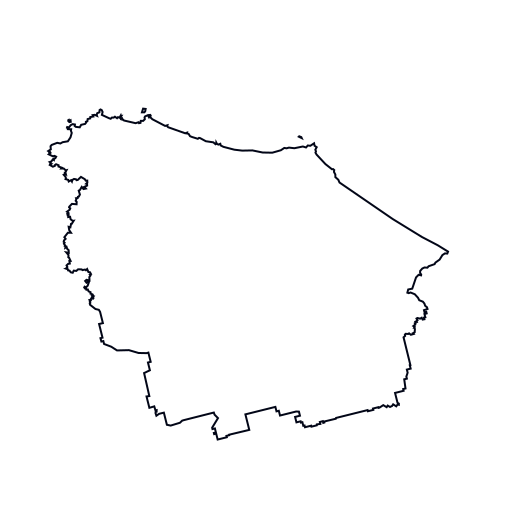 Manjimup, Western Australia, Australia (Mercator projection), rotated 166°
{"feature_id": "25037944B58524535883846", "entity_name": "Manjimup", "entity_type": "district", "adm_level": 2, "iso_a3": "AUS", "parent_name": "Australia", "parent_adm1": "Western Australia", "projection": "mercator", "projection_center": [116.36, -34.598], "detail": "fine", "context": "isolated", "style": "outline", "palette": "ink", "viewbox_px": 512, "rotation_deg": 166, "n_neighbors": 0, "source": "geoboundaries", "source_scale": "gbopen_adm2", "svg_char_len": 6097}
<svg xmlns="http://www.w3.org/2000/svg" viewBox="0 0 512 512"><g transform="rotate(166 256 256)"><path d="M325.4,88.6L325.3,89.1L304.6,88.9L304.6,104.9L273.7,104.9L273.7,100.3L271.3,100.3L271.3,95.4L254.7,95.4L252.0,94.6L252.0,90.4L257.0,90.4L257.0,84.8L252.7,84.8L252.7,83.5L251.2,83.5L251.2,79.8L249.9,79.8L249.9,78.0L243.5,78.0L243.5,77.0L238.0,77.0L237.7,77.9L234.2,77.5L234.2,79.5L231.1,79.6L231.1,77.8L230.0,77.9L230.0,78.9L217.9,78.8L217.5,79.5L185.0,79.5L185.0,78.3L179.4,78.3L179.4,79.7L173.8,79.7L173.8,79.0L172.9,79.0L168.6,80.5L165.8,77.7L164.4,79.0L162.5,77.1L160.2,77.6L158.8,78.9L156.3,76.2L154.5,77.7L153.4,77.1L153.1,78.2L154.2,79.4L154.2,89.5L145.4,89.5L145.4,91.3L143.0,91.3L142.0,100.5L139.3,100.5L139.3,102.6L137.1,106.1L137.1,109.3L133.2,109.3L133.2,112.8L132.6,112.8L132.5,141.4L130.6,142.4L130.6,143.6L129.7,144.3L127.0,143.5L126.2,143.9L124.8,142.1L121.9,142.2L122.4,143.1L120.5,143.6L119.6,146.3L119.4,148.1L119.9,148.2L119.2,149.0L120.2,150.0L118.1,150.9L118.2,152.1L117.5,152.1L117.4,153.5L116.0,153.2L116.2,154.0L114.9,154.5L115.4,156.5L114.4,156.8L111.9,155.5L110.2,156.0L109.7,154.0L107.9,153.9L107.9,155.6L106.5,155.6L106.6,158.9L104.3,159.0L104.3,160.6L106.1,160.6L106.1,162.8L102.4,163.1L102.5,164.9L103.9,166.8L104.1,169.1L105.1,171.3L108.3,173.6L108.9,176.3L111.2,180.5L114.9,183.2L116.8,183.0L118.0,183.8L116.4,186.7L112.3,186.5L105.9,196.5L102.8,198.4L100.5,197.3L100.2,198.1L100.9,199.9L100.3,201.8L97.7,203.6L95.3,204.1L92.5,203.2L91.0,204.3L84.7,204.9L83.5,206.2L78.7,208.1L74.9,211.8L72.1,212.8L69.8,212.1L68.6,213.8L77.1,222.5L90.4,234.3L114.3,258.7L157.2,307.1L157.7,310.1L159.9,313.3L159.3,315.9L160.0,318.7L159.3,320.5L160.2,321.7L161.3,321.8L166.4,328.4L172.7,339.8L173.3,341.9L172.5,343.0L172.7,344.8L170.8,346.9L172.5,348.8L172.4,351.3L176.6,349.8L179.0,350.7L181.2,349.2L184.0,350.9L192.7,351.3L197.8,353.2L200.3,353.1L202.4,354.0L206.3,352.6L215.2,352.3L224.5,354.8L233.9,359.3L243.9,361.6L251.3,364.4L261.2,369.8L263.5,371.8L263.5,373.5L265.6,373.2L266.8,374.3L267.1,375.6L267.5,374.4L268.2,374.2L269.9,376.6L276.9,379.5L281.7,383.9L282.7,384.4L284.1,383.8L289.2,386.9L291.0,388.2L291.9,390.9L293.6,391.7L293.2,392.4L295.0,392.2L310.1,402.2L310.8,403.4L310.3,404.3L312.7,404.2L323.5,413.8L325.1,416.4L324.2,417.7L324.5,418.5L325.5,418.6L326.4,417.0L326.9,418.8L329.8,418.3L330.6,417.5L330.8,415.6L332.8,414.4L335.1,415.0L335.9,413.1L337.4,413.2L337.6,414.2L340.7,414.0L351.3,419.4L352.2,420.8L352.7,420.7L352.7,422.0L354.0,421.7L354.2,423.1L352.7,424.5L353.4,424.6L353.2,424.8L353.2,425.1L355.0,423.2L356.3,424.1L357.5,423.3L359.2,425.3L360.6,424.7L362.3,425.2L363.8,424.3L365.2,425.2L371.4,430.2L370.0,432.8L370.4,434.9L371.4,435.8L372.4,435.5L373.2,433.3L375.5,433.0L376.5,431.4L376.4,430.5L378.3,432.0L380.4,432.2L380.1,430.7L383.2,430.9L383.6,429.6L386.2,429.6L387.0,427.6L388.5,427.4L388.5,426.6L389.9,425.5L393.9,425.6L395.9,423.5L399.6,424.9L400.5,426.1L399.9,427.4L402.0,428.3L404.1,427.8L406.4,426.0L408.0,426.8L408.4,426.2L407.7,425.5L407.9,424.6L404.7,423.7L405.3,422.3L405.0,420.0L407.3,416.0L410.8,412.8L416.1,413.2L418.6,412.5L421.5,413.9L427.4,413.2L428.8,412.2L429.3,409.1L432.2,408.1L431.4,407.2L432.4,406.9L430.6,406.6L430.4,405.8L432.5,404.8L429.0,401.9L427.3,401.9L425.9,400.7L427.1,399.4L428.4,399.4L428.9,398.0L429.8,398.9L431.6,397.3L433.4,397.1L432.7,396.2L433.4,395.2L432.5,394.8L433.9,394.1L431.5,391.8L429.4,392.1L429.2,392.8L427.8,393.4L425.6,391.8L426.0,390.6L423.1,388.7L423.9,388.0L421.4,387.4L419.9,385.1L419.1,385.1L420.7,383.3L420.7,381.4L421.6,382.4L421.9,381.5L422.9,381.3L421.7,379.0L421.6,377.6L422.2,376.7L419.8,375.3L419.7,373.6L417.1,374.3L416.6,372.8L415.8,374.2L414.0,374.8L412.1,374.0L411.8,373.0L410.6,372.9L406.7,375.1L403.5,371.9L403.0,370.3L401.5,370.0L401.9,368.0L403.3,367.2L402.5,366.7L402.8,365.2L405.9,364.6L404.8,362.6L407.2,362.7L408.4,365.2L410.8,362.7L412.2,362.3L412.0,358.2L413.6,356.5L414.5,356.5L415.0,355.4L416.6,355.6L416.5,354.7L417.6,353.2L416.9,351.9L417.6,349.6L422.0,351.1L425.3,349.0L425.6,348.4L424.7,347.2L425.6,346.0L428.7,344.7L427.5,343.2L427.6,342.5L428.9,342.5L428.9,340.8L428.1,340.6L428.7,339.2L426.9,339.0L427.0,336.5L425.3,334.4L424.4,334.3L427.0,331.8L427.7,331.9L429.2,328.7L430.7,329.6L431.0,326.3L429.9,323.3L432.9,324.1L437.4,320.6L436.6,318.7L438.5,317.6L439.2,316.3L438.5,315.2L439.4,314.4L438.7,312.6L439.1,312.0L438.3,311.5L439.0,310.1L437.6,310.5L437.5,308.7L436.4,307.0L436.9,304.4L439.2,305.4L437.7,302.3L438.4,300.2L437.8,299.6L437.1,296.1L438.3,296.3L438.5,293.7L440.2,293.8L442.1,292.7L441.7,291.0L442.5,290.5L442.3,289.8L443.4,289.7L441.8,288.6L441.8,287.5L440.5,286.9L439.7,285.0L437.9,284.1L436.4,285.9L433.9,285.0L431.9,286.1L428.4,285.2L427.8,284.3L425.2,284.2L424.5,283.3L423.0,284.2L422.5,281.0L421.0,280.4L420.5,278.4L421.7,278.2L421.3,277.1L422.8,275.9L423.5,272.5L426.2,273.9L427.8,273.1L426.9,271.1L425.3,271.8L424.5,271.0L426.5,267.9L428.5,266.7L429.7,267.7L430.3,267.0L429.6,265.6L428.7,265.2L428.7,264.3L427.3,264.2L427.0,262.2L425.3,260.9L425.7,259.5L423.9,258.3L423.7,257.6L424.5,257.2L423.3,256.3L424.3,255.7L423.9,254.5L424.4,254.1L425.4,255.4L427.2,253.6L428.2,253.6L428.0,252.8L427.3,252.7L428.4,251.7L428.1,250.6L428.8,250.1L428.8,248.8L424.6,243.4L421.5,241.8L420.8,239.5L420.8,227.9L424.7,228.0L424.7,213.9L426.8,213.9L426.7,210.4L424.7,210.4L424.7,207.4L418.4,203.0L413.7,198.0L402.1,195.4L393.4,190.3L385.6,188.2L383.8,188.3L383.8,178.8L386.6,178.8L386.6,170.8L392.9,169.5L393.4,145.9L396.2,146.2L396.2,134.5L391.1,134.7L390.9,130.5L389.7,130.5L390.1,129.0L391.1,129.0L391.5,127.9L391.3,125.1L388.2,126.3L383.3,126.3L383.3,113.8L379.8,112.1L370.1,112.6L367.5,114.1L365.9,114.2L334.8,114.3L334.6,112.1L332.1,107.9L340.1,100.0L340.1,98.6L337.6,98.6L337.6,94.5L339.7,94.5L339.7,93.3L337.6,93.3L337.6,87.2L328.2,87.2L328.2,88.6L325.4,88.6ZM327.5,425.4L329.9,426.3L331.9,423.0L329.6,422.4L328.5,423.2L327.5,425.4ZM405.5,432.4L404.7,431.1L403.3,431.0L403.1,432.6L404.5,432.3L404.6,433.4L405.3,433.2L405.5,432.4ZM183.3,360.4L185.1,361.7L185.6,361.4L183.1,359.3L183.3,360.4Z" fill="none" stroke="#020617" stroke-width="2"/></g></svg>